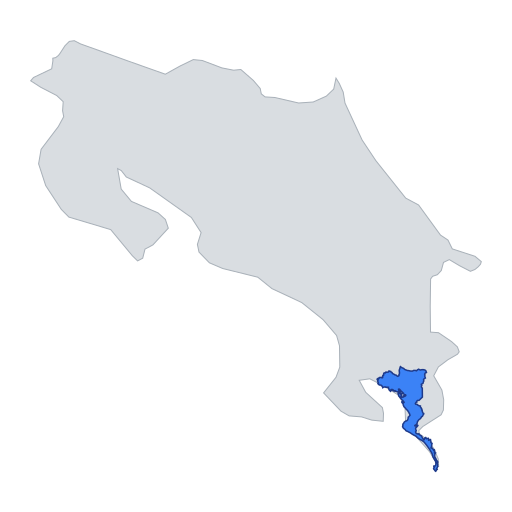 location of Golfito, Puntarenas, Costa Rica
{"feature_id": "36466004B12763689767454", "entity_name": "Golfito", "entity_type": "district", "adm_level": 2, "iso_a3": "CRI", "parent_name": "Costa Rica", "parent_adm1": "Puntarenas", "projection": "mercator", "projection_center": [-83.1, 8.423], "detail": "fine", "context": "in_parent", "style": "filled", "palette": "blue", "viewbox_px": 512, "rotation_deg": 0, "n_neighbors": 0, "source": "geoboundaries", "source_scale": "gbopen_adm2", "svg_char_len": 7614}
<svg xmlns="http://www.w3.org/2000/svg" viewBox="0 0 512 512"><path d="M481.3,261.6L480.5,264.2L478.2,266.8L474.9,269.5L470.4,271.3L459.7,265.8L449.3,259.6L443.5,262.4L441.3,270.5L437.4,274.7L432.6,276.3L430.6,279.0L430.2,306.4L430.5,332.1L438.5,332.7L451.7,341.7L457.4,346.9L459.2,351.8L457.5,354.2L447.8,359.8L438.4,366.9L433.7,375.8L441.9,390.1L443.7,399.8L443.4,410.0L441.1,414.8L422.8,426.5L418.8,430.6L419.3,433.6L429.4,441.6L434.2,449.4L438.2,458.8L438.7,467.0L429.6,451.8L416.9,437.4L405.9,428.5L405.0,407.8L400.6,396.5L384.0,386.1L369.8,378.8L359.2,380.3L365.7,392.3L382.4,407.6L383.5,413.4L383.2,421.3L371.7,420.1L361.6,416.9L349.2,415.9L341.0,411.2L323.6,392.9L336.0,377.3L339.8,367.1L339.5,345.8L336.6,335.5L323.2,319.8L301.8,302.6L271.9,288.6L257.8,277.2L222.7,268.5L209.4,262.8L199.0,252.1L197.4,244.4L201.1,232.6L191.4,217.5L149.7,187.9L126.3,177.0L121.3,170.6L117.6,168.6L121.2,189.1L131.4,201.4L158.1,212.9L165.4,219.5L168.3,228.2L152.9,244.9L145.0,249.1L142.7,258.2L137.6,260.9L132.3,255.7L110.7,229.6L68.9,217.1L61.3,209.4L45.7,185.6L38.6,163.8L41.1,149.3L58.3,126.6L63.7,116.7L62.6,110.7L63.2,101.7L56.7,95.5L40.8,87.3L30.7,80.8L33.5,77.5L51.7,68.8L52.9,60.8L52.8,58.2L55.7,57.6L58.4,55.5L60.0,53.4L65.0,45.7L69.3,41.4L74.3,40.7L80.5,43.9L103.4,52.1L128.9,61.3L165.3,74.2L180.3,65.9L193.3,59.6L202.3,60.5L221.9,67.9L233.6,70.2L240.8,69.5L253.3,80.4L260.2,88.5L261.3,93.9L265.1,96.9L274.8,97.5L298.6,103.0L313.2,102.0L326.4,96.1L333.7,89.1L336.0,78.1L339.3,83.5L343.2,92.1L345.0,103.1L362.1,140.0L375.8,160.6L405.7,198.1L418.6,205.0L440.5,235.1L448.0,240.1L452.3,248.9L475.0,256.3L481.3,261.6Z" fill="#d9dde1" stroke="#a8b0b8" stroke-width="1"/><path d="M377.8,378.5L377.5,378.9L377.2,379.0L377.1,379.3L377.4,379.7L377.9,379.7L378.2,379.1L378.5,379.0L378.1,379.5L377.9,380.0L378.0,380.4L377.6,380.9L377.6,381.2L377.9,381.5L377.9,382.0L378.4,382.7L378.4,383.1L377.9,383.4L378.0,383.6L378.4,384.3L379.0,384.5L379.1,384.8L379.3,385.0L381.0,385.1L381.4,385.8L382.1,386.0L382.8,387.7L383.3,387.2L384.2,387.1L384.7,386.9L385.4,386.9L385.8,387.3L386.7,387.3L386.9,387.1L387.5,387.3L388.4,387.3L388.3,387.7L388.5,388.1L388.7,388.4L389.1,389.8L389.6,390.5L390.1,390.8L390.5,391.3L390.8,391.0L390.9,390.5L391.3,390.4L391.2,390.3L390.8,390.0L391.0,389.6L392.0,389.4L392.3,389.6L392.7,389.6L393.1,389.8L393.2,390.1L393.2,390.7L393.6,390.8L393.8,391.0L394.3,390.7L394.9,390.7L395.0,391.3L395.3,391.2L395.7,391.1L396.2,391.5L396.9,391.6L398.0,392.0L398.4,391.6L398.8,391.3L398.9,391.0L398.9,390.4L399.0,390.0L398.7,389.9L398.7,389.5L397.9,389.4L398.6,389.3L399.0,389.0L399.5,389.3L399.4,389.7L399.8,390.0L400.3,390.0L401.6,391.7L401.9,391.7L403.0,392.8L403.4,393.1L403.5,393.7L404.2,394.4L404.2,394.9L404.9,394.7L405.6,394.8L405.8,395.4L405.5,395.9L404.9,396.0L404.7,396.3L404.4,396.3L404.3,396.1L403.6,396.0L403.6,396.6L403.6,396.9L403.1,397.1L402.5,397.1L402.2,397.4L401.9,397.4L401.6,397.0L400.9,396.8L401.1,396.7L401.1,395.9L401.6,395.7L400.9,394.5L401.4,394.3L401.5,394.0L401.7,393.8L402.0,393.9L402.2,393.5L401.6,393.4L401.3,393.7L400.6,393.7L400.4,393.4L400.2,392.8L400.0,392.7L399.4,393.1L399.0,393.6L398.7,393.8L398.5,393.7L398.9,393.4L399.1,393.1L398.9,392.8L400.0,392.0L399.5,391.4L399.1,391.7L398.6,392.7L398.2,393.1L398.0,393.6L398.4,394.6L398.7,396.0L399.2,396.5L400.2,397.9L400.9,398.6L401.3,399.4L402.7,400.4L404.0,402.1L404.1,402.4L403.8,402.6L403.6,402.8L403.4,402.8L402.9,402.5L402.4,401.8L402.1,401.7L401.9,401.7L401.8,402.0L401.9,402.5L402.9,403.6L403.1,404.1L403.3,405.2L403.7,405.9L403.9,406.6L404.2,407.0L404.8,407.4L405.2,408.0L405.6,408.3L406.3,409.4L407.0,409.9L407.8,410.8L408.2,411.6L408.8,412.3L409.1,413.2L409.6,413.9L409.8,414.4L409.8,414.8L410.0,415.3L408.7,416.9L408.2,417.2L408.2,418.2L407.9,419.2L407.5,420.1L406.7,420.8L405.9,421.0L405.4,421.2L404.5,421.9L404.1,422.3L403.7,423.2L402.9,424.1L402.8,425.3L402.9,425.8L402.6,426.3L402.6,426.8L402.9,427.2L403.1,427.8L403.3,428.0L404.2,428.9L405.2,429.6L405.6,430.3L406.2,430.9L407.8,431.5L409.2,432.3L410.1,432.7L412.2,434.2L413.8,435.1L415.9,436.1L417.4,437.6L418.4,438.4L420.5,439.8L421.4,440.1L423.8,441.8L425.2,443.4L426.2,444.7L426.5,445.0L427.2,446.0L429.4,449.1L430.4,450.8L431.4,452.4L432.1,453.8L433.0,457.0L435.0,460.5L435.5,461.0L435.9,463.1L435.8,464.8L435.4,465.6L435.1,466.0L434.7,466.1L434.1,465.9L433.9,466.0L434.1,466.8L433.8,466.7L433.8,466.8L434.0,467.3L434.0,467.9L433.6,468.4L433.6,468.7L433.9,469.3L434.6,470.0L434.9,470.6L435.5,471.2L435.7,471.3L436.8,469.6L437.2,469.4L437.1,469.2L436.4,469.1L436.4,468.9L437.0,468.2L437.4,467.0L437.8,466.5L437.6,465.7L437.7,464.3L437.5,463.7L437.2,463.3L437.0,462.4L437.7,462.4L437.8,462.0L437.3,461.1L436.4,460.2L436.0,459.0L435.3,457.7L434.9,457.3L434.6,455.3L434.6,455.1L434.8,454.9L434.7,454.6L434.9,454.2L434.7,453.7L435.3,453.3L435.5,452.9L434.4,452.6L434.7,452.0L434.7,451.4L434.4,449.8L434.2,449.6L433.8,449.6L433.5,450.1L433.2,449.4L432.6,448.8L432.4,448.2L431.3,448.1L431.0,447.9L431.5,446.9L431.5,446.2L431.7,445.3L431.8,444.3L432.0,443.9L432.1,443.5L431.9,443.2L430.9,442.6L431.0,441.8L430.6,440.9L430.7,440.4L430.5,439.6L429.5,440.0L428.7,440.2L428.8,439.3L428.4,438.3L428.0,438.3L427.2,438.7L426.7,438.8L426.2,438.5L426.2,438.1L425.8,437.5L425.5,437.5L425.1,437.7L424.7,438.2L424.3,439.4L424.2,439.7L423.9,439.8L423.4,439.5L422.9,438.4L422.3,437.8L421.7,436.2L421.3,435.8L420.4,435.4L418.9,434.3L418.9,433.8L418.5,433.8L418.0,434.0L417.6,434.0L417.1,433.6L416.3,433.6L415.6,432.1L415.6,431.7L416.2,430.9L416.2,430.4L415.8,429.7L415.6,428.3L415.8,427.8L416.5,427.3L417.9,425.6L417.6,425.1L417.3,425.0L416.1,426.0L415.1,426.0L414.8,425.6L414.9,425.4L415.0,425.3L415.6,425.0L416.4,424.5L416.9,423.6L417.2,423.1L417.3,422.2L417.4,421.8L418.6,420.0L419.3,419.4L419.8,419.1L420.4,418.6L421.1,417.7L421.5,416.8L422.3,416.4L422.5,416.2L423.2,414.7L423.8,413.9L423.7,413.4L423.1,413.2L422.7,412.6L422.4,411.5L422.1,410.8L422.0,410.5L422.2,410.4L422.2,410.2L421.7,409.3L421.8,409.0L421.3,408.4L421.1,407.7L420.5,407.1L420.3,406.5L420.4,406.0L419.9,405.8L419.3,405.8L419.0,405.7L417.8,405.1L417.4,404.5L415.7,404.2L415.4,403.8L415.4,403.3L416.3,402.1L416.8,402.1L416.8,401.3L417.0,400.9L417.6,400.4L419.0,400.4L422.4,397.1L422.3,388.1L421.7,387.5L421.4,386.9L421.4,386.4L421.8,385.4L421.4,384.9L421.3,384.3L421.7,384.0L422.6,383.6L423.0,383.3L423.4,381.7L423.7,381.3L423.8,380.6L423.5,379.8L423.7,379.2L424.0,378.9L424.5,378.7L424.8,378.4L425.4,378.0L424.8,376.4L424.8,375.8L424.9,375.2L424.7,374.4L424.9,374.2L424.9,373.5L425.5,372.8L425.8,372.7L426.4,372.6L426.5,372.5L425.8,370.7L424.9,370.0L424.2,369.9L423.9,369.7L422.7,369.7L422.2,369.6L420.3,370.0L418.6,369.2L417.2,370.0L416.9,370.5L416.5,370.8L416.0,370.7L415.4,370.4L414.7,370.4L413.7,370.4L412.8,370.9L412.2,371.1L410.2,371.0L408.7,370.6L407.4,370.5L405.9,369.9L405.2,369.7L404.5,369.3L403.7,368.4L402.3,367.9L401.7,367.5L401.3,367.4L400.5,366.6L400.1,367.1L400.0,368.0L399.3,370.0L399.2,371.0L399.4,371.5L399.3,372.1L399.5,372.5L399.4,374.0L399.0,374.4L399.0,375.4L398.9,375.6L398.1,376.2L397.8,376.3L397.3,376.2L396.3,375.2L396.0,375.1L395.2,375.0L394.9,374.9L394.7,374.6L392.5,373.5L392.3,373.2L392.1,372.6L391.8,372.4L391.2,372.2L390.7,371.4L389.8,371.3L389.0,370.9L388.9,371.0L388.7,371.7L388.4,372.0L386.6,372.3L386.3,372.1L385.8,372.1L385.3,372.9L384.3,372.9L383.8,373.2L383.6,374.2L383.7,374.9L383.5,375.3L383.2,375.2L382.9,375.4L382.9,375.8L382.7,376.0L382.5,376.4L382.6,376.6L382.5,376.9L382.7,377.2L382.6,377.5L382.4,377.5L382.2,377.8L381.9,377.7L381.4,377.7L381.1,377.5L379.9,377.4L379.3,377.6L379.0,377.8L378.7,378.4L377.8,378.5Z" fill="#3b82f6" stroke="#1e3a8a" stroke-width="1.5"/></svg>